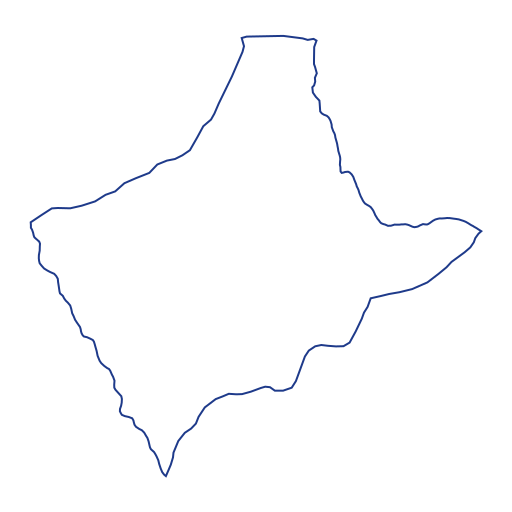 the district of Narang, Mongar, Bhutan
{"feature_id": "84629894B39157233132648", "entity_name": "Narang", "entity_type": "district", "adm_level": 2, "iso_a3": "BTN", "parent_name": "Bhutan", "parent_adm1": "Mongar", "projection": "robinson", "projection_center": [91.434, 27.301], "detail": "fine", "context": "isolated", "style": "outline", "palette": "blue", "viewbox_px": 512, "rotation_deg": 0, "n_neighbors": 0, "source": "geoboundaries", "source_scale": "gbopen_adm2", "svg_char_len": 3741}
<svg xmlns="http://www.w3.org/2000/svg" viewBox="0 0 512 512"><path d="M30.7,222.3L30.9,225.0L30.9,227.8L32.0,229.6L33.1,232.7L33.7,235.5L34.4,237.3L35.9,238.7L39.2,241.6L40.0,243.7L39.8,246.5L39.7,250.6L38.9,255.0L38.8,258.3L39.1,260.9L39.7,263.3L41.6,265.7L44.1,268.5L47.3,270.5L50.1,272.0L54.2,273.8L56.2,276.0L57.8,278.8L58.1,282.1L58.7,285.9L59.5,291.4L60.0,293.4L62.8,295.8L64.2,298.5L65.8,300.7L67.8,302.6L70.2,305.5L71.2,308.7L72.2,313.3L73.6,316.1L75.1,319.8L77.0,322.7L80.0,327.0L80.7,329.3L81.0,331.3L81.6,333.3L82.7,335.3L83.9,336.5L87.0,337.2L90.1,338.6L92.8,340.0L93.9,341.6L94.8,344.5L95.3,346.4L96.6,350.9L97.6,355.8L99.6,360.7L101.2,363.1L104.2,365.9L107.2,368.1L109.0,369.0L110.2,370.7L111.9,374.6L113.1,376.8L114.5,380.7L114.2,384.8L114.3,387.7L115.5,389.8L119.2,393.9L121.3,396.2L121.9,399.0L121.7,402.7L121.1,405.8L120.0,408.9L119.9,411.3L120.8,413.1L121.8,414.8L124.8,416.1L128.8,417.0L132.2,418.3L133.4,420.4L133.8,422.2L134.5,424.7L136.0,426.8L139.3,429.0L141.8,430.2L144.2,432.6L146.1,435.9L147.4,437.9L148.6,441.4L149.6,445.8L150.0,447.4L150.9,449.2L154.1,452.1L155.6,454.6L156.6,456.5L158.3,460.3L159.2,464.0L160.7,468.5L162.2,472.1L164.1,474.6L165.9,476.1L168.6,469.9L170.8,464.7L173.0,457.4L173.5,452.6L178.3,441.0L184.8,432.8L191.1,428.6L195.9,423.6L198.6,416.8L204.8,407.4L215.7,399.1L222.7,396.4L228.8,393.8L236.4,394.3L242.1,394.1L250.8,391.7L260.8,388.0L265.2,386.7L270.0,387.2L274.9,390.7L283.0,390.7L291.7,387.7L295.9,381.1L298.8,373.2L302.2,363.9L304.9,356.5L308.8,350.6L315.2,346.3L321.3,345.0L328.0,345.8L335.9,346.4L343.5,346.2L349.6,342.6L355.6,331.6L361.8,318.7L364.0,312.6L367.6,306.9L369.4,301.9L370.7,298.3L376.0,297.1L380.5,296.1L389.1,294.0L399.5,292.2L412.1,289.1L427.4,282.4L438.5,273.9L446.5,267.3L451.5,261.9L456.7,258.1L464.6,252.3L470.3,247.4L473.8,242.3L475.3,238.1L478.5,233.7L481.3,231.2L478.3,229.3L476.5,228.1L474.0,226.7L472.8,225.9L471.5,225.3L469.7,224.2L468.5,223.4L465.7,221.8L463.5,220.9L461.9,220.4L458.8,219.4L455.7,218.9L454.0,218.7L451.9,218.4L449.8,218.1L447.0,218.0L445.5,218.2L442.8,218.4L441.3,218.5L439.9,218.4L438.2,218.7L435.3,219.5L432.9,220.8L430.0,222.9L428.3,224.0L427.0,224.5L425.2,224.4L423.0,224.1L421.1,224.9L419.7,225.5L418.4,226.3L416.9,226.8L414.4,227.2L412.4,226.7L410.2,225.7L408.9,225.1L407.3,224.6L405.2,224.2L403.1,224.4L401.4,224.4L399.2,224.7L397.3,224.7L394.5,224.6L393.0,225.1L391.0,225.7L387.9,225.8L386.6,225.2L385.0,224.5L383.4,224.1L381.2,223.2L380.1,222.1L378.8,220.3L377.5,218.8L376.5,217.1L375.2,215.0L374.6,213.5L373.9,212.0L373.3,210.7L372.4,209.3L370.7,207.1L369.0,205.9L367.2,204.9L365.0,203.5L363.8,202.0L362.9,200.6L361.6,198.0L360.7,196.3L360.0,194.5L359.3,192.8L358.5,190.0L357.7,188.2L356.8,186.5L356.1,184.1L355.4,182.4L354.4,180.0L353.3,176.9L351.7,174.4L349.6,172.4L348.0,171.7L345.0,172.0L343.6,172.5L341.7,172.9L340.6,171.5L340.5,169.9L340.4,167.0L339.9,164.9L340.1,161.3L340.3,159.3L340.1,157.2L339.7,155.5L339.2,153.9L338.3,150.9L338.0,148.6L337.5,146.1L337.2,144.2L336.8,142.5L335.4,137.6L335.0,135.0L334.3,133.1L333.3,131.3L331.8,127.2L331.6,124.5L330.5,120.8L329.7,119.2L328.6,117.4L326.8,115.8L323.7,114.6L321.7,113.3L320.2,111.4L319.7,103.7L319.4,100.6L315.8,96.8L312.9,92.6L312.3,87.3L314.1,85.4L315.2,81.6L314.9,77.8L316.8,73.3L315.0,66.8L314.0,64.1L314.0,60.3L314.1,53.5L314.2,47.0L316.5,40.6L313.6,38.9L311.7,39.2L307.7,39.9L302.7,38.4L283.3,35.9L246.7,36.6L241.7,38.0L244.0,46.2L242.5,51.9L231.9,76.5L218.8,103.4L214.4,113.6L211.0,119.6L203.3,126.2L197.4,137.1L189.9,150.2L182.4,155.3L175.0,159.0L166.9,160.6L157.3,164.5L149.3,172.9L135.9,178.2L124.4,183.2L115.2,191.4L105.6,194.8L95.1,201.4L81.7,205.7L70.2,208.3L57.7,208.0L51.8,208.4L41.6,215.0L30.7,222.3Z" fill="none" stroke="#1e3a8a" stroke-width="2"/></svg>